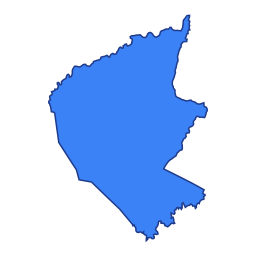 São Félix do Coribe, Bahia, Brazil
{"feature_id": "56859067B73980030167744", "entity_name": "São Félix do Coribe", "entity_type": "district", "adm_level": 2, "iso_a3": "BRA", "parent_name": "Brazil", "parent_adm1": "Bahia", "projection": "robinson", "projection_center": [-43.973, -13.552], "detail": "fine", "context": "isolated", "style": "filled", "palette": "blue", "viewbox_px": 256, "rotation_deg": 0, "n_neighbors": 0, "source": "geoboundaries", "source_scale": "gbopen_adm2", "svg_char_len": 5016}
<svg xmlns="http://www.w3.org/2000/svg" viewBox="0 0 256 256"><path d="M204.1,189.8L191.9,183.1L185.8,180.0L163.7,168.9L165.5,165.4L166.7,163.7L168.5,161.4L169.7,160.2L171.3,159.2L172.6,158.2L173.9,157.2L175.0,156.5L176.1,155.7L176.7,154.0L177.4,152.6L178.4,152.0L179.4,150.9L180.3,150.1L181.8,150.0L182.3,148.8L182.3,146.6L182.2,145.2L181.7,142.7L182.7,141.0L183.6,139.0L185.3,137.9L186.2,136.5L185.9,135.4L185.9,134.1L186.4,133.2L187.8,133.0L189.2,132.7L189.5,131.4L189.1,130.1L188.5,129.0L189.1,127.9L190.3,126.7L191.5,126.6L192.8,125.6L193.7,124.0L193.3,122.4L193.5,121.2L194.3,120.2L195.4,119.1L195.8,117.4L196.9,116.4L198.4,116.5L199.5,117.2L200.8,117.2L202.3,117.2L204.3,117.6L205.0,116.9L205.6,115.1L206.0,113.9L206.2,112.5L207.0,111.2L207.3,110.1L207.0,108.6L206.2,107.2L204.6,106.6L203.8,105.7L204.0,104.1L203.8,102.7L202.3,103.3L201.0,103.8L199.3,104.1L197.5,103.9L196.4,103.3L195.4,102.3L194.1,101.8L192.9,101.5L191.9,101.1L190.9,100.1L189.6,100.3L188.1,100.7L186.3,101.0L184.9,100.5L183.2,99.8L181.9,99.7L180.9,98.9L179.4,98.2L177.2,97.3L175.9,96.3L175.5,94.9L175.1,93.4L174.9,91.9L175.1,90.3L174.3,89.1L173.2,87.8L173.3,86.6L172.5,85.4L172.3,83.8L172.3,82.5L172.6,80.7L173.4,79.0L174.0,77.6L174.6,75.5L175.1,73.6L175.5,72.2L175.0,70.8L175.5,69.3L176.1,67.6L176.3,66.1L176.6,65.0L176.8,63.7L177.1,62.6L177.9,61.5L177.9,60.3L177.8,58.7L177.5,57.0L177.8,55.2L178.4,53.6L178.6,52.4L178.9,51.1L179.7,49.7L179.8,48.3L180.8,47.5L181.2,45.9L181.1,44.2L182.2,43.1L183.2,41.8L184.7,41.6L186.6,41.6L186.9,40.4L187.0,39.2L185.9,39.2L185.3,38.1L186.0,36.9L186.5,35.1L186.7,34.0L188.1,33.6L187.9,31.8L188.3,30.1L189.8,29.9L189.3,28.4L189.1,27.0L189.7,25.6L189.0,24.2L189.3,23.0L189.8,21.3L188.4,20.2L189.0,18.3L189.5,16.8L189.6,15.4L188.1,15.4L186.8,15.8L185.6,17.5L184.6,18.9L183.8,19.7L183.3,20.9L183.2,23.1L182.9,25.3L182.7,27.4L182.0,28.9L181.1,30.7L179.3,30.7L177.8,30.4L175.9,30.5L174.9,30.5L173.6,30.2L172.1,29.2L171.2,27.4L169.9,27.4L169.3,28.4L168.3,29.2L166.8,29.0L165.6,29.1L164.2,29.9L162.6,30.5L161.5,30.8L160.4,32.0L160.1,33.5L159.6,34.8L158.9,35.6L157.8,36.4L156.5,37.0L155.4,37.0L154.4,36.5L153.4,35.4L152.6,34.2L151.6,33.1L150.2,32.4L148.6,32.9L147.7,33.9L147.0,35.6L146.2,36.8L145.3,37.5L144.1,37.5L142.3,36.9L141.3,35.8L140.4,34.9L139.3,34.8L137.8,35.2L136.4,35.0L134.9,35.5L133.5,35.7L131.7,35.8L130.2,36.6L130.5,38.2L132.1,39.0L132.4,40.2L131.9,41.5L131.7,43.5L130.7,44.5L129.4,45.4L127.7,46.0L126.7,45.2L126.5,44.0L125.1,44.3L124.2,45.2L123.1,45.9L123.2,47.9L121.7,48.2L120.8,47.1L119.8,47.4L118.8,48.6L118.2,50.4L117.0,51.8L116.5,53.6L115.3,54.0L114.3,54.3L112.8,53.4L111.2,54.3L110.2,55.5L109.6,57.1L108.4,56.8L107.4,55.5L106.3,55.5L105.2,56.2L103.7,56.5L102.4,56.8L101.0,57.2L100.5,58.9L99.5,59.7L98.5,60.0L97.1,60.3L96.1,60.6L94.8,61.1L93.6,61.5L92.9,63.2L91.6,64.1L90.7,65.2L89.6,66.4L88.0,66.0L86.8,65.8L85.4,64.3L83.9,64.4L82.9,64.8L82.0,65.6L80.7,66.5L79.4,67.0L77.7,66.6L75.9,66.2L74.6,66.3L73.6,67.7L72.8,69.2L72.3,70.5L72.3,72.4L72.3,73.7L71.9,74.9L71.5,76.1L70.8,76.9L69.4,77.2L69.5,75.4L68.2,74.3L67.2,74.9L66.4,76.6L66.1,78.3L64.9,79.0L63.5,79.8L62.3,80.8L61.4,81.7L61.6,83.6L61.1,84.6L60.0,84.8L59.3,83.2L58.4,82.4L57.4,82.8L57.2,83.9L57.9,85.0L58.3,86.2L57.9,87.6L57.3,89.1L55.9,89.2L54.8,89.2L54.9,90.4L53.7,90.9L52.8,91.5L51.6,91.6L52.1,93.4L52.1,94.6L50.1,95.7L49.6,97.1L49.9,98.3L50.5,99.8L49.4,100.3L48.9,101.4L48.7,102.8L49.6,103.7L49.9,105.0L50.5,106.3L50.7,107.4L51.0,109.0L51.2,110.4L51.3,111.7L52.6,112.0L53.8,112.2L54.7,113.1L58.8,142.5L64.0,150.6L72.4,163.7L76.4,169.7L79.1,179.8L91.4,182.0L92.6,183.1L105.3,195.4L111.9,201.7L113.8,203.5L119.5,208.9L131.2,222.9L132.4,224.3L133.0,225.8L134.0,224.9L134.7,226.5L135.7,227.6L135.9,229.4L136.0,230.9L136.9,232.1L138.7,232.5L140.1,231.9L141.2,232.1L142.2,233.1L143.6,231.9L143.5,233.6L144.8,234.8L146.1,235.0L146.6,237.2L146.3,238.7L146.3,240.6L147.7,239.3L148.0,237.8L149.0,237.6L150.6,237.5L151.9,238.6L153.1,238.7L154.1,238.2L154.3,236.9L153.7,236.0L153.5,234.8L155.0,233.9L156.6,234.5L158.0,233.9L157.6,232.0L156.3,230.7L155.6,229.4L156.0,228.0L156.8,227.1L157.4,226.0L158.1,224.6L158.3,223.2L158.5,221.6L160.3,220.9L161.4,221.8L160.8,223.0L161.9,223.3L163.4,223.3L164.7,224.3L164.9,225.7L166.1,226.0L167.6,226.8L168.9,225.8L169.9,224.9L170.8,223.8L172.0,223.1L173.6,223.7L174.7,223.2L173.9,222.0L173.8,220.4L173.6,218.9L173.1,217.3L171.2,217.9L171.8,216.5L171.2,215.0L171.0,213.0L172.6,213.6L173.6,214.3L174.5,214.0L175.0,212.9L174.5,211.6L174.6,210.1L175.9,209.8L176.4,208.1L177.7,207.4L178.4,209.0L179.4,207.9L180.5,207.7L181.3,209.3L182.2,207.9L182.0,206.8L182.3,205.7L181.8,204.2L183.0,202.8L184.0,204.5L184.7,206.0L185.3,207.4L186.2,206.7L187.3,205.9L188.6,205.4L189.7,205.3L190.7,204.0L191.9,204.6L192.8,206.2L194.1,205.7L194.9,206.6L195.4,208.4L196.4,207.4L196.3,205.6L197.1,204.0L198.2,203.1L199.3,203.6L199.6,202.0L200.6,200.6L201.9,199.6L203.7,199.4L204.0,198.2L203.5,196.7L205.1,195.5L204.8,194.4L203.3,194.2L202.9,192.6L203.4,191.4L204.1,189.8Z" fill="#3b82f6" stroke="#1e3a8a" stroke-width="1.5"/></svg>